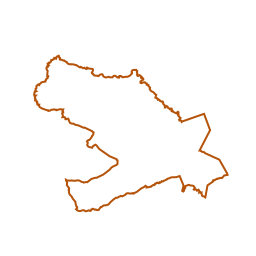 the district of Luano, Central, Zambia, rotated 250°
{"feature_id": "96606910B16035329871790", "entity_name": "Luano", "entity_type": "district", "adm_level": 2, "iso_a3": "ZMB", "parent_name": "Zambia", "parent_adm1": "Central", "projection": "robinson", "projection_center": [29.687, -14.461], "detail": "fine", "context": "isolated", "style": "outline", "palette": "amber", "viewbox_px": 256, "rotation_deg": 250, "n_neighbors": 0, "source": "geoboundaries", "source_scale": "gbopen_adm2", "svg_char_len": 5726}
<svg xmlns="http://www.w3.org/2000/svg" viewBox="0 0 256 256"><g transform="rotate(250 128 128)"><path d="M49.9,205.5L51.4,205.6L67.0,203.0L78.2,191.6L79.1,191.4L80.5,189.2L81.8,188.6L81.8,188.3L82.2,188.2L82.4,187.6L97.9,204.4L115.3,204.3L115.6,181.4L115.3,180.5L116.8,180.4L117.5,179.7L117.5,178.9L118.3,178.8L119.5,180.8L121.7,179.6L123.5,180.1L123.3,179.4L123.9,179.3L124.6,179.6L124.7,180.2L125.1,180.7L125.6,180.8L126.2,180.3L125.8,179.4L125.4,179.3L125.5,178.2L127.7,176.0L128.6,175.9L128.6,175.2L128.9,174.7L130.2,175.0L130.7,175.7L131.3,175.6L131.6,175.0L131.3,173.9L131.4,173.6L132.2,173.6L133.1,172.6L134.8,172.4L135.6,171.4L135.7,170.9L134.5,170.4L134.7,169.7L135.9,170.5L136.3,170.0L137.0,170.2L138.3,169.4L139.3,169.6L139.7,169.4L140.2,169.8L140.9,169.7L141.4,169.2L141.3,168.5L142.4,167.4L143.3,167.1L143.7,167.2L144.3,166.6L144.3,165.7L144.7,165.6L144.9,166.1L145.9,165.7L147.2,164.1L149.5,165.9L151.3,164.6L151.8,164.7L152.8,164.2L155.0,162.2L157.3,161.7L158.1,162.5L159.0,162.4L160.1,161.6L161.6,161.9L162.2,160.4L163.5,160.8L164.2,159.8L165.2,159.5L165.5,158.6L165.6,155.8L166.1,155.2L167.4,155.6L168.0,157.3L168.2,158.7L168.5,159.1L169.0,159.2L169.5,159.1L169.9,158.6L170.5,158.5L170.3,157.8L170.7,157.4L171.2,157.5L171.6,158.2L173.6,157.1L173.9,156.6L173.5,156.3L173.4,155.4L173.7,154.8L175.3,154.7L176.2,155.5L177.6,155.5L178.4,156.2L179.6,155.3L179.9,155.4L180.7,152.9L180.7,151.7L179.5,150.5L178.6,150.7L177.9,150.4L176.5,147.5L176.3,145.1L177.2,142.4L177.4,140.4L179.3,139.1L179.8,137.8L179.6,137.1L178.7,137.2L178.4,137.0L178.5,136.5L179.2,135.2L181.2,134.1L181.8,132.8L181.8,132.1L180.9,130.8L181.8,128.3L182.7,127.5L183.0,124.5L184.7,122.6L187.2,122.3L187.6,121.3L187.7,120.2L187.5,119.3L186.9,118.3L186.9,117.8L187.6,117.0L188.8,114.3L189.7,114.1L190.2,113.6L190.8,113.6L190.9,113.3L192.1,112.8L192.6,113.0L193.0,113.9L193.9,114.6L194.9,115.1L195.6,114.9L197.4,111.3L198.8,110.2L198.4,109.6L197.7,109.8L197.7,108.8L199.6,107.6L199.5,106.3L201.6,104.5L201.3,104.0L201.6,103.3L204.9,100.8L205.1,100.0L205.8,99.5L206.8,97.8L207.0,96.9L207.6,96.1L207.6,95.3L208.6,93.9L209.6,93.2L210.7,93.1L211.0,92.5L211.9,92.2L212.8,91.1L213.4,91.0L213.9,89.8L215.0,88.9L215.4,87.5L216.1,87.4L217.1,88.0L217.9,87.4L219.1,87.8L219.6,87.6L219.4,85.3L217.7,84.2L218.3,83.1L218.9,83.1L219.1,82.7L218.2,82.2L218.0,81.4L218.1,81.0L217.7,80.4L218.1,79.0L216.7,78.4L216.4,76.8L215.9,76.5L215.9,76.0L216.3,75.7L215.9,75.2L216.0,74.5L215.5,74.4L215.3,74.9L214.4,74.9L214.0,74.0L213.7,74.5L213.4,73.7L212.8,73.5L212.7,72.3L212.1,71.8L211.3,71.6L209.1,72.0L205.6,70.3L205.1,70.2L204.0,70.8L203.8,70.4L203.8,69.7L202.6,69.8L201.7,67.5L200.8,67.1L200.7,66.6L199.9,66.2L200.5,62.8L200.3,61.8L199.8,61.3L199.6,59.8L198.7,59.3L199.6,58.3L199.5,57.8L198.9,57.1L198.8,56.4L196.6,55.4L196.4,54.6L195.7,54.4L195.0,53.7L194.4,53.8L193.9,54.3L193.7,52.5L192.7,51.9L192.0,51.7L191.4,51.2L190.8,51.5L190.5,51.4L190.2,52.1L190.0,51.4L189.6,51.7L189.4,51.3L188.2,51.1L188.0,50.7L186.4,50.6L186.1,50.4L186.1,51.0L185.1,50.8L184.0,51.6L183.4,51.1L182.3,51.5L181.8,50.9L180.9,50.9L180.7,51.2L180.9,51.6L180.3,52.0L180.2,52.5L179.4,52.0L178.0,52.1L175.7,53.9L172.5,57.9L172.0,59.0L171.3,59.0L171.0,60.7L171.4,62.2L171.0,63.2L170.8,65.0L170.1,65.7L169.9,66.6L169.2,66.8L169.0,69.9L168.5,71.6L167.8,72.2L167.6,73.4L166.6,72.6L165.7,72.6L165.6,72.1L164.6,72.3L164.3,71.1L161.2,71.0L160.6,70.2L159.9,72.1L158.9,72.5L157.7,72.2L157.3,72.9L157.5,73.7L157.2,75.0L156.4,75.2L155.5,75.0L152.7,75.2L151.3,76.7L150.8,78.2L149.2,79.4L147.4,82.3L143.6,86.1L143.2,87.4L137.5,93.0L136.4,93.4L135.7,94.2L133.9,93.2L133.1,92.3L133.0,91.7L132.2,91.1L130.4,88.5L130.0,87.5L130.2,86.8L130.0,85.7L129.3,84.8L128.6,85.2L127.7,85.1L126.0,83.9L125.0,83.9L123.6,84.8L121.7,87.6L122.8,88.7L123.5,91.5L122.5,92.4L118.1,93.8L107.8,101.0L102.6,106.6L101.9,106.5L101.1,107.1L97.8,105.8L97.2,104.4L96.9,100.5L96.3,98.4L95.2,96.8L92.7,88.9L92.0,81.5L92.5,79.8L92.6,76.1L91.0,71.2L91.6,70.1L91.8,67.8L92.4,67.4L93.1,66.1L95.1,64.5L95.6,63.6L96.1,62.7L96.4,60.7L97.2,58.5L98.1,56.9L98.1,56.3L99.5,52.8L100.6,52.0L99.8,51.8L97.8,52.2L95.2,51.0L91.4,52.1L90.1,51.0L89.6,51.3L87.7,50.5L85.6,50.4L82.6,51.7L80.9,51.8L76.7,53.3L74.1,52.8L71.8,52.7L71.0,53.2L70.1,52.8L69.4,51.4L67.6,52.4L66.3,54.5L66.2,57.5L65.5,58.8L64.4,59.5L64.0,60.7L64.1,62.8L63.9,63.3L63.0,64.0L63.1,65.0L64.0,65.7L63.8,66.1L64.2,67.2L63.7,67.9L62.7,68.6L62.5,69.3L62.5,69.9L61.9,70.2L61.3,71.1L61.1,72.6L62.1,73.7L62.5,74.7L63.1,75.3L62.8,76.0L63.5,78.3L63.5,79.0L62.9,80.9L62.9,82.2L62.7,83.2L64.4,86.4L65.8,89.9L66.6,93.0L66.1,94.1L66.6,96.5L66.4,97.2L66.7,98.0L65.7,99.4L66.3,103.2L66.8,103.6L67.0,104.2L66.7,105.8L65.5,107.8L65.2,110.3L64.5,110.4L64.4,110.7L64.8,112.5L65.0,114.6L66.7,119.7L67.0,122.6L67.7,124.7L66.7,125.4L65.7,125.1L65.0,129.4L65.3,129.7L65.2,130.2L65.4,130.4L65.8,132.2L65.4,132.9L65.6,133.2L65.5,133.5L66.4,134.3L66.1,134.9L66.5,135.5L66.7,136.5L66.3,136.9L66.4,137.3L65.8,137.5L65.5,138.1L65.6,138.7L66.1,139.2L65.6,139.7L65.7,140.2L66.5,141.5L65.8,142.4L66.1,143.5L66.4,147.1L66.7,147.3L66.8,148.2L66.6,149.1L66.9,150.8L66.4,153.4L66.0,154.2L65.3,156.8L65.2,160.1L55.7,160.5L54.3,160.2L50.4,157.4L49.4,158.2L49.7,158.9L51.7,160.5L52.1,161.3L53.1,161.5L53.8,162.1L53.8,165.7L52.8,166.8L51.6,169.2L51.2,169.7L49.0,170.4L47.7,168.7L47.4,168.9L47.3,170.2L46.9,171.0L45.5,171.4L45.9,172.1L45.9,173.1L45.3,173.4L44.4,173.4L43.0,172.8L43.2,174.0L42.5,174.4L42.3,175.0L41.7,174.5L41.3,174.7L40.3,174.5L38.7,174.6L37.5,176.1L36.4,176.9L46.9,183.1L48.6,189.5L49.0,190.1L49.3,189.8L49.8,190.2L49.3,191.8L49.7,192.5L49.6,193.8L49.8,194.0L49.6,194.5L49.8,194.7L49.5,196.1L49.7,196.6L49.5,196.8L49.4,198.4L48.8,199.2L50.5,202.2L49.9,205.5Z" fill="none" stroke="#b45309" stroke-width="2"/></g></svg>